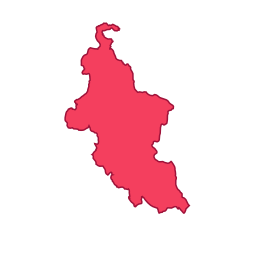 Manandriana, Amoron'i Mania, Madagascar (Natural Earth projection), rotated 147°
{"feature_id": "10022922B47245353926014", "entity_name": "Manandriana", "entity_type": "district", "adm_level": 2, "iso_a3": "MDG", "parent_name": "Madagascar", "parent_adm1": "Amoron'i Mania", "projection": "natural_earth1", "projection_center": [47.016, -20.748], "detail": "fine", "context": "isolated", "style": "filled", "palette": "rose", "viewbox_px": 256, "rotation_deg": 147, "n_neighbors": 0, "source": "geoboundaries", "source_scale": "gbopen_adm2", "svg_char_len": 5868}
<svg xmlns="http://www.w3.org/2000/svg" viewBox="0 0 256 256"><g transform="rotate(147 128 128)"><path d="M177.9,160.7L177.5,160.2L176.5,159.3L174.4,158.4L174.3,157.7L173.9,156.8L172.2,155.6L170.6,154.2L170.5,153.1L168.6,151.6L166.7,150.6L165.4,150.3L162.7,150.3L161.7,150.0L160.9,150.2L159.5,151.1L159.8,148.6L160.5,147.0L160.5,146.3L160.3,145.4L159.8,144.6L158.8,143.7L158.6,142.3L157.2,140.9L157.1,140.4L157.1,139.8L157.4,139.1L157.9,138.6L158.1,138.1L158.0,137.1L158.1,136.4L158.4,135.6L159.5,134.1L160.0,132.8L161.2,131.4L161.7,131.2L162.4,131.1L163.1,131.6L164.4,133.0L164.6,132.4L164.6,130.9L164.8,129.2L165.1,128.3L165.5,127.9L166.6,127.5L166.9,126.8L170.0,126.2L171.4,125.5L172.6,125.3L172.1,124.7L172.2,124.3L172.4,124.0L172.5,123.4L172.9,122.4L173.4,122.1L173.7,121.6L173.3,117.7L173.7,116.3L174.1,115.6L174.5,115.2L173.6,112.8L172.7,111.5L169.8,109.7L169.8,105.7L170.2,104.6L170.8,103.5L171.2,101.9L171.1,101.2L170.5,99.6L169.9,99.6L168.4,100.1L166.9,100.3L166.3,100.1L166.0,99.5L166.8,97.6L166.5,97.2L167.2,97.4L168.1,97.0L169.2,96.0L169.7,95.0L169.8,94.3L169.5,92.8L170.0,92.1L169.8,90.6L170.0,87.9L169.0,85.6L169.4,85.3L169.5,84.7L168.8,84.1L168.6,83.3L168.3,83.0L166.1,82.2L164.8,81.4L164.3,80.7L164.0,79.5L164.0,78.7L162.8,77.9L162.1,77.0L161.6,76.6L160.9,76.7L160.8,76.1L160.9,75.1L161.2,74.4L162.2,73.0L163.7,69.8L164.5,69.9L164.8,69.8L165.2,69.4L164.9,68.6L165.2,68.7L165.6,68.5L165.7,68.1L165.6,65.4L165.4,63.7L164.9,62.7L164.8,61.4L164.5,60.9L165.1,59.8L165.3,59.2L165.2,58.6L164.9,58.2L164.2,58.4L163.6,58.4L163.7,58.1L162.6,58.4L160.6,58.4L157.9,57.4L157.4,57.5L156.6,58.5L155.8,60.9L155.0,61.4L154.0,62.9L153.4,62.8L153.2,62.7L153.1,61.6L152.7,60.8L152.7,58.4L152.1,54.4L151.1,50.9L149.9,48.5L147.0,44.7L147.4,42.8L148.0,41.3L148.2,39.7L146.5,39.4L145.2,38.7L144.1,39.0L142.1,38.2L141.1,38.3L138.9,39.4L138.1,39.4L135.1,37.2L131.9,36.7L130.9,36.1L130.2,35.4L130.3,34.1L130.2,33.1L130.0,32.8L128.8,33.5L128.6,33.1L128.4,30.6L128.2,29.9L127.7,26.4L127.4,26.2L127.1,26.1L126.1,26.5L124.5,27.6L123.4,28.6L118.8,29.6L119.0,30.4L119.1,31.6L118.5,36.5L119.0,38.6L120.2,40.3L120.0,41.1L118.6,43.2L118.5,43.6L118.7,44.8L119.0,45.2L119.0,47.5L119.6,49.3L119.5,51.4L118.9,54.1L118.4,55.1L117.8,56.0L116.5,58.0L115.2,59.2L114.5,60.1L114.4,60.6L114.2,62.2L113.2,63.4L112.1,65.5L111.4,67.3L110.5,68.7L110.0,70.2L109.8,72.9L109.9,75.9L110.1,76.5L112.3,76.2L113.8,76.7L116.1,79.2L117.1,80.9L119.8,82.4L120.5,83.0L121.0,83.8L121.5,85.3L122.2,86.6L122.3,87.6L122.1,89.3L121.9,89.8L121.2,90.6L120.7,91.0L120.0,91.3L117.5,91.4L116.9,92.0L116.7,92.4L116.5,93.5L116.7,94.5L116.7,95.7L117.0,96.9L117.6,98.4L117.7,99.1L117.6,99.9L117.4,100.5L117.1,100.8L115.6,101.1L114.2,102.5L113.6,102.6L112.6,102.2L111.6,101.0L110.9,100.5L109.9,100.4L109.1,100.5L108.2,101.1L105.6,104.5L103.8,106.1L100.5,110.7L98.6,112.5L97.9,112.8L97.3,112.7L96.7,112.2L96.4,111.2L95.5,110.7L94.5,110.9L93.6,110.7L93.0,110.8L92.6,111.1L90.5,113.5L87.9,117.3L86.4,118.4L85.7,119.9L85.3,120.1L84.2,120.3L82.1,119.5L80.5,120.0L79.8,119.6L79.4,119.7L78.1,121.4L78.1,122.5L79.2,124.9L79.7,126.4L79.7,128.6L80.2,130.1L80.7,131.0L84.0,135.2L84.8,136.3L85.7,139.1L86.2,140.2L86.9,141.0L87.6,141.6L89.4,141.6L89.8,141.8L91.2,142.9L92.0,143.9L92.7,145.2L93.2,146.9L93.2,148.3L93.6,148.6L94.8,149.5L96.5,149.9L98.5,151.9L100.3,152.6L100.5,153.0L101.1,156.5L101.1,157.2L100.2,159.9L98.7,162.8L97.8,163.3L97.6,163.7L97.4,164.5L97.5,165.7L97.3,166.1L94.3,170.9L94.0,172.5L93.8,175.7L93.5,176.5L92.9,177.1L92.7,177.8L92.9,178.7L93.3,179.6L93.2,181.4L93.4,181.8L94.2,182.2L95.2,181.9L95.8,182.0L96.2,182.5L96.5,183.9L97.0,184.5L96.5,185.8L96.9,186.4L96.9,187.4L96.7,188.1L98.3,189.3L99.3,190.6L100.0,191.8L100.1,192.2L100.1,193.4L99.6,194.8L99.1,198.3L98.4,200.3L98.4,201.1L98.5,202.4L99.0,203.9L99.2,204.1L99.9,204.0L100.2,204.2L99.6,204.9L98.0,205.7L98.1,206.4L98.1,206.7L97.3,207.3L96.6,207.5L95.7,208.3L93.6,208.7L93.4,209.1L93.9,209.6L93.9,209.9L93.5,210.8L93.5,211.7L94.9,212.7L96.2,213.4L97.2,214.8L98.1,216.8L98.3,217.5L98.2,218.0L97.9,218.8L97.9,219.3L98.5,219.8L98.5,220.3L97.7,220.8L97.8,221.9L97.6,222.4L97.1,223.0L96.4,223.4L96.0,223.4L95.5,222.8L94.2,222.3L92.1,222.0L89.7,220.7L89.2,220.6L88.2,221.0L87.6,220.9L87.0,220.5L86.8,219.9L86.6,218.1L86.4,217.8L86.1,216.8L85.0,216.1L84.3,215.4L83.6,215.5L83.1,215.5L82.2,214.9L81.9,215.1L81.8,216.8L81.5,217.0L81.2,216.7L81.5,218.8L82.7,220.1L83.1,221.2L84.3,223.2L85.2,223.3L86.1,223.1L86.7,223.6L87.2,224.3L88.1,224.3L88.6,224.5L88.9,226.7L89.2,227.8L90.1,228.1L91.2,229.1L92.8,228.8L94.9,229.3L96.3,229.2L96.9,229.7L98.0,229.5L98.7,229.9L99.7,229.6L100.1,229.3L101.7,225.3L103.5,224.3L105.2,222.5L105.8,220.7L106.1,217.9L105.6,215.3L105.8,213.2L106.8,211.9L107.9,211.5L109.3,211.4L110.4,210.6L111.6,211.8L112.4,212.2L114.4,214.1L115.8,215.7L116.8,215.8L117.7,215.6L118.6,215.3L121.5,212.6L122.7,212.3L125.0,212.8L126.8,212.4L129.6,210.8L130.4,210.0L132.0,207.4L132.9,206.2L132.8,205.7L132.0,204.9L131.8,204.5L131.8,203.7L132.3,201.9L132.2,201.2L132.6,200.9L134.5,200.5L135.8,199.8L136.3,199.4L136.5,198.5L136.4,197.8L136.1,197.5L135.3,197.3L133.7,195.9L133.0,195.5L131.8,195.3L131.4,195.1L131.1,194.7L131.2,193.7L132.0,191.9L133.7,188.8L133.9,188.6L134.9,188.5L135.1,188.4L135.8,186.8L137.1,186.0L138.2,184.2L140.5,182.3L141.9,180.8L144.4,179.7L146.1,179.8L147.8,179.5L149.7,179.5L151.9,179.1L154.8,179.2L155.6,179.8L157.9,179.6L158.4,179.1L158.5,178.8L158.2,177.7L158.6,176.8L158.6,176.5L158.4,176.3L157.8,176.0L157.7,175.5L158.2,175.2L158.7,175.4L159.2,175.1L160.0,174.1L160.3,173.1L160.6,172.8L162.1,172.1L162.6,172.3L163.6,173.6L164.2,173.9L164.4,174.1L164.2,174.8L164.2,175.2L164.9,175.8L165.8,175.8L166.4,176.1L166.9,176.0L167.0,175.9L167.6,176.3L169.3,175.4L170.5,175.2L171.9,174.2L173.2,172.9L175.1,170.9L176.3,169.1L176.6,168.2L176.2,166.0L176.2,165.2L177.8,163.1L177.9,160.7Z" fill="#f43f5e" stroke="#9f1239" stroke-width="1.5"/></g></svg>